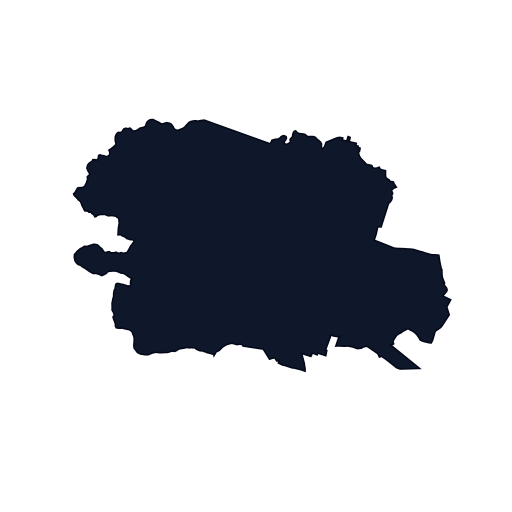 Yecuatla, Veracruz, Mexico (orthographic projection), rotated 65°
{"feature_id": "50627088B64741996810444", "entity_name": "Yecuatla", "entity_type": "district", "adm_level": 2, "iso_a3": "MEX", "parent_name": "Mexico", "parent_adm1": "Veracruz", "projection": "orthographic", "projection_center": [-96.776, 19.847], "detail": "fine", "context": "isolated", "style": "filled", "palette": "ink", "viewbox_px": 512, "rotation_deg": 65, "n_neighbors": 0, "source": "geoboundaries", "source_scale": "gbopen_adm2", "svg_char_len": 6110}
<svg xmlns="http://www.w3.org/2000/svg" viewBox="0 0 512 512"><g transform="rotate(65 256 256)"><path d="M253.0,99.7L248.5,100.3L246.9,100.1L245.9,101.5L245.2,102.9L243.3,103.1L242.3,103.8L240.1,105.1L238.1,104.7L233.4,102.5L232.2,104.0L231.1,105.7L229.5,106.7L227.5,106.8L227.4,109.0L226.8,111.1L225.4,112.8L222.8,112.8L219.7,117.1L218.2,117.5L211.3,119.9L208.3,120.0L205.4,119.4L204.7,118.7L205.1,118.1L202.3,116.0L200.7,117.6L199.7,116.9L198.1,118.8L196.3,117.4L195.5,118.3L191.8,123.2L188.3,120.5L186.6,122.1L190.2,125.2L187.3,128.7L185.7,127.4L185.5,127.6L183.8,130.0L183.3,131.8L183.0,133.9L182.8,139.0L182.5,144.4L184.3,146.2L185.8,147.5L186.3,149.0L187.3,150.4L186.2,150.8L184.7,150.6L183.3,149.8L182.1,149.2L179.9,149.4L177.8,150.3L176.2,151.2L173.8,151.9L172.3,153.0L170.8,155.9L169.7,158.5L168.3,159.4L166.6,160.1L165.6,161.2L164.4,163.3L162.9,165.5L161.0,166.8L159.3,167.1L159.1,168.6L159.9,170.0L161.4,171.4L163.1,172.4L163.9,173.8L164.3,175.4L165.3,176.2L166.6,176.4L167.5,176.9L167.8,180.1L167.2,182.0L165.7,182.6L164.8,182.2L163.9,181.3L163.3,180.0L162.3,178.7L160.8,178.2L159.4,179.0L158.6,180.0L158.3,181.4L158.5,183.0L159.1,184.3L159.3,186.5L158.2,189.7L157.8,192.7L159.2,194.1L160.1,195.9L110.9,245.5L109.7,249.3L109.2,251.7L107.8,253.6L106.9,256.4L106.5,258.5L106.6,260.6L107.7,263.0L108.3,264.7L109.0,266.1L109.4,268.4L109.0,274.0L107.3,275.8L105.4,276.5L103.8,276.4L100.5,277.1L98.9,278.5L97.3,280.7L96.8,284.5L96.2,286.1L94.3,287.1L92.6,288.6L88.7,291.7L87.7,294.4L88.0,296.7L88.8,298.6L90.3,300.1L91.5,300.9L91.8,302.5L91.7,304.3L91.2,306.2L91.1,307.7L91.6,309.7L91.6,312.1L90.8,314.7L89.0,315.2L86.8,316.1L86.4,318.5L85.2,319.8L84.9,322.0L85.7,323.5L86.9,325.1L86.7,326.8L85.7,328.5L86.1,330.3L87.5,332.2L88.7,333.3L91.3,334.6L92.9,335.1L95.1,335.4L96.1,336.7L97.5,341.7L97.8,344.5L101.0,344.9L102.5,346.3L103.0,348.1L102.5,349.8L100.9,351.4L99.3,353.8L98.3,354.6L98.3,356.2L100.9,357.8L101.7,360.0L100.5,361.3L99.7,363.1L100.9,364.7L101.0,365.8L101.3,367.9L102.1,369.7L103.3,371.0L105.0,372.2L108.4,372.3L111.8,371.9L112.3,374.0L112.9,375.5L114.9,376.1L115.9,376.2L116.0,377.0L116.5,377.5L117.2,378.1L117.8,378.1L118.0,378.3L118.0,378.9L118.5,379.2L119.1,380.4L119.7,380.6L120.1,381.4L120.4,382.6L120.6,384.3L119.3,387.3L118.9,388.5L119.1,389.3L121.1,392.1L122.1,393.4L122.3,394.2L122.4,395.0L124.3,395.2L128.0,393.8L130.3,393.2L132.7,392.0L137.1,392.4L139.7,392.2L140.8,392.3L142.8,392.1L143.7,390.4L144.6,389.3L145.7,389.0L146.2,387.9L146.9,386.9L148.2,386.8L149.8,385.7L152.5,385.5L152.7,384.1L152.1,382.7L152.6,379.6L154.5,375.4L157.3,372.8L157.9,370.8L159.2,368.4L160.8,366.2L162.7,365.4L163.5,364.4L168.4,366.1L172.8,369.1L178.5,372.2L179.7,369.4L181.0,368.9L183.8,366.4L185.5,365.9L186.8,364.3L188.0,363.2L189.4,360.6L191.1,360.1L193.5,364.3L194.0,365.5L195.3,367.1L198.0,370.9L198.3,371.8L197.4,375.2L195.8,376.8L195.7,378.8L194.9,380.0L193.3,381.3L193.1,383.2L191.7,386.2L190.0,387.1L189.5,389.0L189.4,390.6L188.4,391.9L186.5,392.3L184.2,392.6L181.7,393.9L179.5,394.6L178.1,395.9L176.8,397.9L176.1,402.9L175.9,405.0L174.6,407.6L175.0,409.2L175.1,410.9L175.0,412.2L175.6,413.9L175.8,415.0L176.2,416.3L176.9,417.7L177.6,418.5L177.6,419.6L179.2,420.7L180.8,421.4L183.8,422.1L186.4,421.7L188.8,420.7L190.1,419.0L192.4,418.0L195.0,416.1L199.1,413.8L201.2,412.4L203.3,410.7L203.6,409.4L204.6,407.9L206.2,406.1L208.7,404.0L208.7,401.7L208.5,399.0L207.6,397.2L207.9,395.4L209.0,392.3L210.3,389.7L211.9,387.8L214.2,385.9L215.6,383.6L217.9,381.9L220.9,380.3L222.6,379.2L224.1,377.8L224.6,379.1L225.1,379.8L227.7,381.4L228.7,381.5L229.5,381.8L229.8,382.5L229.4,384.0L228.7,385.3L227.4,386.5L226.4,387.7L225.3,388.8L224.6,390.5L223.9,390.7L222.2,393.1L222.1,394.3L222.6,395.2L224.7,396.7L225.8,397.2L226.8,398.7L227.7,399.4L229.3,400.6L231.0,401.5L232.3,402.0L233.4,403.1L238.0,406.5L239.0,406.9L241.7,408.1L244.2,409.3L246.5,409.1L249.2,409.2L250.3,410.3L250.7,411.3L252.4,411.7L257.0,412.0L258.4,412.3L260.2,413.1L262.1,413.0L263.7,410.5L264.6,408.3L264.8,407.8L266.6,405.6L269.3,402.0L272.0,400.4L274.2,400.6L277.0,400.7L279.4,401.3L282.0,402.6L285.1,404.4L287.9,405.4L293.3,404.3L295.8,402.4L298.5,398.5L299.9,395.8L300.2,390.8L300.9,387.6L303.3,383.6L306.1,376.7L306.7,372.3L308.1,370.1L308.2,367.7L307.7,365.8L308.0,364.1L310.0,356.6L311.0,355.6L311.5,353.8L312.7,351.8L313.4,350.2L315.3,349.5L317.9,347.2L318.5,346.4L319.4,344.5L320.4,343.9L321.1,342.6L322.3,341.9L327.3,335.9L328.6,336.2L326.1,332.6L326.1,329.3L324.5,324.9L323.9,321.3L324.1,318.9L324.7,315.4L325.8,313.5L327.2,312.1L328.4,310.5L329.2,307.7L330.7,305.8L332.1,305.9L343.5,288.8L355.3,287.4L355.6,284.4L356.4,282.0L360.0,281.6L360.6,278.9L362.4,281.0L365.8,278.3L367.4,276.2L372.9,270.3L373.8,268.6L375.1,267.1L376.8,264.9L378.5,262.9L381.2,260.2L378.1,258.8L377.1,258.7L374.1,257.7L371.1,257.1L363.7,255.8L370.2,248.8L369.5,248.3L369.7,248.0L367.8,245.9L371.5,242.4L370.1,241.1L375.9,234.9L371.5,231.7L370.7,232.8L367.5,229.6L359.3,221.3L360.7,220.2L361.4,219.4L363.1,216.9L364.3,214.9L364.3,214.7L364.7,215.4L371.4,221.8L372.2,219.6L375.4,213.6L376.3,211.0L379.2,207.0L382.9,203.2L384.1,199.5L383.9,197.5L384.2,195.1L385.1,193.3L396.0,186.9L399.8,186.9L399.9,184.7L403.7,182.4L407.9,180.2L416.6,175.9L419.3,173.3L427.1,155.2L393.4,171.6L394.0,169.1L393.8,168.3L391.8,168.2L390.9,167.4L389.9,166.2L387.4,162.1L386.9,159.3L386.9,156.6L386.4,155.1L386.1,148.9L388.1,147.6L390.6,145.6L393.1,144.3L395.4,143.5L398.8,142.9L401.6,142.7L403.7,140.9L405.7,138.5L407.6,136.1L408.9,134.0L407.1,131.6L400.0,125.4L398.9,118.9L397.8,116.6L391.0,105.7L382.8,104.6L378.0,98.0L371.1,103.6L368.8,98.3L367.4,97.0L365.6,96.8L360.5,97.8L360.3,96.5L354.7,96.2L351.8,95.4L346.7,93.2L346.4,93.7L345.2,93.3L338.8,91.8L332.5,89.9L330.4,93.5L329.4,95.6L328.1,97.5L326.1,99.7L324.8,101.3L322.8,103.3L321.3,105.2L316.7,110.3L315.0,113.0L313.4,116.1L312.0,118.5L308.6,125.2L307.0,127.6L295.0,138.9L291.6,142.2L287.4,138.2L285.8,136.9L281.0,133.3L282.6,130.3L278.2,126.3L264.3,113.5L263.9,111.7L262.5,109.4L260.7,107.8L258.9,107.7L257.0,105.6L253.5,105.4L252.8,102.0L253.0,99.7Z" fill="#0f172a" stroke="#020617" stroke-width="1.5"/></g></svg>